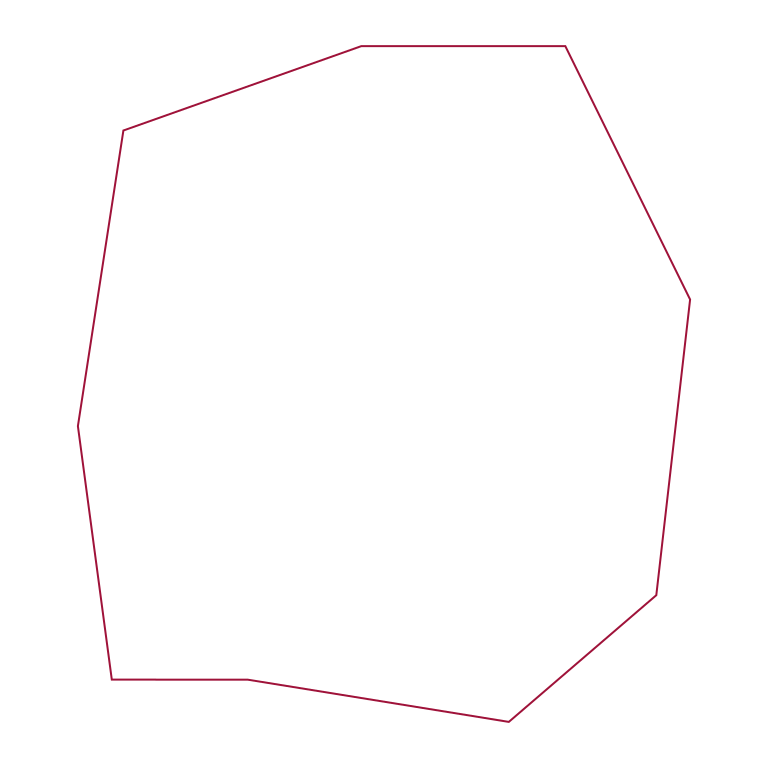 SVG path tracing the border of Valmiera
{"feature_id": "LVA-1093", "entity_name": "Valmiera", "entity_type": "Republican City", "adm_level": 1, "iso_a3": "LVA", "parent_name": "Latvia", "parent_adm1": "", "projection": "orthographic", "projection_center": [25.417, 57.531], "detail": "fine", "context": "isolated", "style": "outline", "palette": "rose", "viewbox_px": 768, "rotation_deg": 0, "n_neighbors": 0, "source": "natural_earth", "source_scale": "10m", "svg_char_len": 244}
<svg xmlns="http://www.w3.org/2000/svg" viewBox="0 0 768 768"><path d="M690.1,299.5L656.3,595.2L508.8,721.9L247.9,679.7L111.8,679.6L77.9,426.1L123.4,130.5L361.4,46.1L565.3,46.1L690.1,299.5Z" fill="none" stroke="#9f1239" stroke-width="2"/></svg>